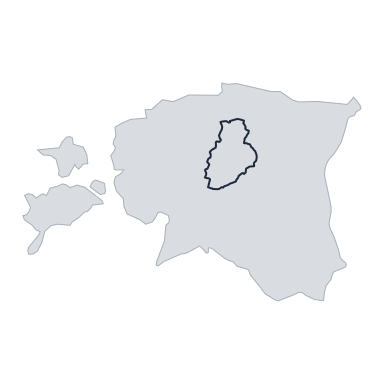 Estonia, with Järva highlighted
{"feature_id": "EST-1656", "entity_name": "Järva", "entity_type": "County", "adm_level": 1, "iso_a3": "EST", "parent_name": "Estonia", "parent_adm1": "", "projection": "orthographic", "projection_center": [25.661, 58.953], "detail": "fine", "context": "in_parent", "style": "outline", "palette": "slate", "viewbox_px": 384, "rotation_deg": 0, "n_neighbors": 0, "source": "natural_earth", "source_scale": "10m", "svg_char_len": 4311}
<svg xmlns="http://www.w3.org/2000/svg" viewBox="0 0 384 384"><path d="M323.7,300.3L322.3,300.6L314.5,299.5L305.9,295.5L302.1,292.4L298.4,292.5L294.0,294.7L278.2,300.9L274.3,299.5L265.1,293.8L260.4,287.4L250.2,274.8L249.3,271.8L248.0,269.4L237.1,266.3L233.1,261.6L229.7,260.9L224.9,258.6L212.2,248.6L209.1,247.6L208.3,249.3L208.5,251.6L207.7,253.0L206.1,253.0L203.2,249.3L199.7,246.0L188.7,252.0L184.7,253.6L181.2,253.9L163.7,261.6L158.3,265.8L156.2,265.3L156.8,261.3L164.4,241.1L165.9,225.1L168.6,222.9L169.4,220.7L168.4,215.5L161.0,212.1L158.0,212.5L155.2,218.0L152.3,221.9L145.7,224.2L140.1,219.9L127.1,213.9L123.9,206.3L123.4,198.8L116.6,191.3L114.0,182.7L115.4,176.8L121.8,173.0L123.7,169.7L115.8,170.0L114.2,169.1L113.9,166.0L110.8,155.5L114.0,151.4L115.5,147.5L113.1,144.0L113.9,140.1L115.9,136.3L115.0,127.1L122.9,122.6L130.5,119.4L146.5,118.1L145.1,109.7L151.5,109.5L162.5,99.7L173.1,101.7L188.7,95.0L218.4,95.3L222.4,91.4L221.7,87.4L221.9,83.1L227.4,84.3L236.7,83.6L271.7,91.7L280.3,91.6L292.4,99.9L298.8,101.9L317.8,101.5L347.2,104.4L352.8,98.5L353.3,97.0L356.2,100.1L359.9,105.1L361.0,108.1L359.8,109.9L356.4,111.5L355.6,113.1L354.1,115.8L350.0,116.5L348.0,118.5L345.7,127.4L341.3,142.1L334.4,153.4L328.8,159.6L326.3,164.4L324.8,170.0L324.6,175.6L331.0,206.2L331.1,211.8L330.0,217.6L329.1,223.4L330.1,228.4L334.1,236.9L338.4,249.6L340.3,257.8L343.0,260.7L345.7,262.8L346.2,264.2L346.2,265.7L344.9,267.3L333.5,272.0L332.0,275.6L330.9,279.7L326.0,285.9L324.6,291.5L323.8,298.0L323.7,300.3ZM65.9,184.7L69.6,187.4L73.2,186.7L76.8,185.1L84.5,187.1L101.8,200.4L103.3,203.8L92.6,205.0L90.1,208.8L87.4,211.4L84.4,212.1L79.0,217.4L71.8,222.3L70.2,225.3L57.7,224.2L50.7,225.8L44.8,231.4L41.9,242.5L37.4,251.1L33.1,254.0L28.7,254.3L27.8,250.9L28.4,247.6L38.2,235.7L40.3,231.8L35.9,229.8L32.3,225.3L24.3,219.7L23.0,215.6L25.0,215.4L26.9,214.3L29.3,211.1L30.5,207.2L24.6,195.4L28.1,193.8L32.2,194.5L36.3,198.0L41.2,194.4L43.3,193.9L46.5,195.5L50.2,188.1L58.2,186.0L62.2,183.9L65.9,184.7ZM83.3,164.1L78.7,169.1L76.1,166.9L74.9,164.4L68.7,175.7L62.2,177.4L58.6,174.9L59.1,170.6L56.0,159.2L50.7,155.6L42.9,154.9L37.5,149.9L59.3,147.8L61.8,142.5L66.5,137.1L69.8,136.6L72.6,138.1L72.9,142.5L73.5,144.3L83.2,147.1L86.8,154.7L87.8,163.6L83.3,164.1ZM104.7,193.6L100.2,194.5L89.9,186.8L92.5,181.9L95.6,180.0L104.5,183.4L105.5,191.0L104.7,193.6Z" fill="#d9dde1" stroke="#a8b0b8" stroke-width="1"/><path d="M236.0,181.3L233.6,182.4L229.7,183.8L228.6,184.6L227.7,185.1L224.2,186.3L223.2,187.5L221.6,187.2L219.6,188.7L217.8,189.2L213.0,189.0L211.9,188.4L210.6,188.2L208.1,187.1L209.1,183.2L209.3,181.9L209.5,181.2L209.8,180.6L210.0,180.0L210.0,179.4L209.5,178.8L208.6,178.3L206.9,178.1L205.0,177.5L206.1,174.7L206.3,173.9L206.1,172.6L205.2,170.9L205.1,170.2L205.3,169.6L206.0,169.2L207.3,168.8L207.6,168.4L207.9,167.8L208.4,166.4L208.9,165.5L209.3,164.3L208.3,163.0L207.5,162.5L207.3,162.0L207.2,161.6L208.3,158.9L209.2,158.2L209.6,158.0L210.2,157.6L210.6,156.9L210.7,155.8L210.7,154.8L210.6,153.7L210.2,153.2L209.9,152.8L209.8,152.3L209.8,152.0L211.6,150.0L215.7,147.6L216.0,145.1L215.8,142.9L216.0,142.0L216.5,141.5L217.7,141.5L218.6,141.8L219.4,141.9L220.0,141.4L220.4,140.9L220.7,140.4L220.7,139.3L220.0,138.7L219.8,138.3L219.0,135.6L220.5,131.9L221.5,130.1L221.9,128.7L222.2,127.3L221.8,125.2L221.2,124.0L220.7,123.0L220.6,122.4L220.7,121.9L222.5,121.5L226.2,121.1L228.3,122.3L229.1,122.6L229.6,122.5L230.0,122.3L230.0,121.0L237.1,119.0L239.7,119.3L243.8,120.6L244.0,121.0L243.8,121.8L243.4,122.6L243.4,123.3L243.5,123.6L243.8,123.9L244.1,124.1L245.0,125.8L245.6,127.0L245.3,128.2L245.5,129.0L246.8,130.0L248.7,130.7L248.4,133.1L246.9,135.2L246.3,136.6L244.6,138.6L244.5,140.6L244.0,142.5L244.1,143.1L244.6,143.3L246.0,143.2L246.8,143.3L248.1,144.0L249.3,144.1L250.0,144.5L251.4,147.4L252.4,147.7L254.0,150.1L255.1,151.1L255.7,152.5L256.4,154.5L256.6,155.7L256.7,156.6L256.7,157.4L256.6,158.2L256.3,159.7L256.1,160.8L254.7,162.0L254.4,162.3L254.1,162.8L253.9,163.5L253.9,164.0L254.2,165.3L254.0,166.2L250.7,166.5L249.6,166.6L249.1,166.8L248.4,167.2L248.0,167.7L246.7,168.2L246.1,168.8L245.9,169.9L245.9,170.9L245.7,171.9L245.6,172.6L244.1,173.9L243.0,173.1L241.9,173.3L240.3,174.7L239.8,174.9L239.2,175.4L238.7,175.9L238.3,177.2L237.9,178.0L236.4,179.8L236.0,181.3Z" fill="none" stroke="#1e293b" stroke-width="2"/></svg>